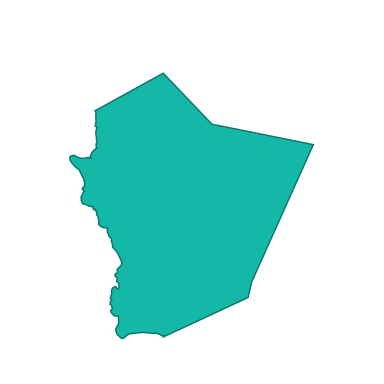 Ngereklengon, Palau (Albers equal-area conic projection), rotated 64°
{"feature_id": "81905179B38855830052729", "entity_name": "Ngereklengon", "entity_type": "district", "adm_level": 2, "iso_a3": "PLW", "parent_name": "Palau", "parent_adm1": "", "projection": "albers", "projection_center": [134.514, 7.51], "detail": "fine", "context": "isolated", "style": "filled", "palette": "teal", "viewbox_px": 384, "rotation_deg": 64, "n_neighbors": 0, "source": "geoboundaries", "source_scale": "gbopen_adm2", "svg_char_len": 1849}
<svg xmlns="http://www.w3.org/2000/svg" viewBox="0 0 384 384"><g transform="rotate(64 192 192)"><path d="M202.6,62.2L139.9,144.3L72.6,165.8L76.5,243.6L78.0,243.3L82.5,245.6L86.1,247.1L88.1,248.4L90.3,250.2L91.9,249.0L93.8,250.5L96.2,252.3L98.0,253.1L100.6,253.8L102.6,254.7L104.4,255.4L105.8,255.4L106.8,257.1L109.5,258.4L111.0,258.1L110.9,260.0L111.6,262.2L112.4,264.2L114.1,266.6L115.7,268.1L117.6,267.9L116.6,269.4L115.4,270.3L114.8,272.8L114.3,274.6L113.0,276.9L111.6,278.4L110.4,279.8L108.8,280.8L107.3,281.8L106.5,285.6L107.7,286.9L109.7,287.6L112.3,287.5L114.6,286.8L118.2,285.9L122.9,283.6L126.4,283.8L130.7,283.6L133.8,283.9L136.7,284.3L139.8,286.2L140.0,288.2L141.5,289.5L143.7,288.0L144.4,289.6L146.7,292.5L148.4,294.4L150.0,294.2L150.7,295.2L152.5,295.2L154.7,295.6L155.8,293.7L157.2,292.7L159.1,291.1L160.5,289.7L161.4,287.8L164.8,288.1L165.2,286.3L166.8,286.9L168.1,286.2L170.5,287.6L173.3,287.3L174.6,287.8L176.7,288.3L180.2,290.1L182.5,289.3L184.6,287.9L186.9,284.6L188.4,283.8L189.2,284.8L191.3,285.7L193.4,285.6L195.8,286.0L198.4,284.8L200.2,285.7L202.8,286.3L205.7,286.8L206.8,287.6L211.2,286.2L216.2,285.6L219.8,285.7L222.5,285.8L225.1,286.0L226.0,287.0L227.2,288.4L227.8,291.0L229.0,293.4L230.8,293.9L232.0,295.4L232.2,297.4L233.6,297.9L236.6,297.1L237.8,297.8L239.2,298.9L242.4,297.9L244.0,298.8L245.7,299.3L246.8,301.1L245.7,302.0L244.2,301.7L243.2,303.3L243.5,305.6L244.9,307.3L247.6,308.4L251.9,312.1L253.8,311.3L254.8,313.4L256.9,314.9L257.8,314.0L262.2,314.8L263.0,317.1L265.1,317.5L269.2,316.1L271.5,312.6L278.1,315.6L281.5,320.4L283.7,321.3L287.1,321.8L290.8,320.3L292.9,319.4L293.4,316.9L292.2,313.2L292.1,310.4L293.3,306.8L296.4,298.3L299.5,292.9L301.7,289.6L303.1,286.2L305.6,283.7L308.0,281.9L308.7,280.2L309.7,281.2L311.4,187.8L299.2,178.0L202.6,62.2Z" fill="#14b8a6" stroke="#0f766e" stroke-width="1.5"/></g></svg>